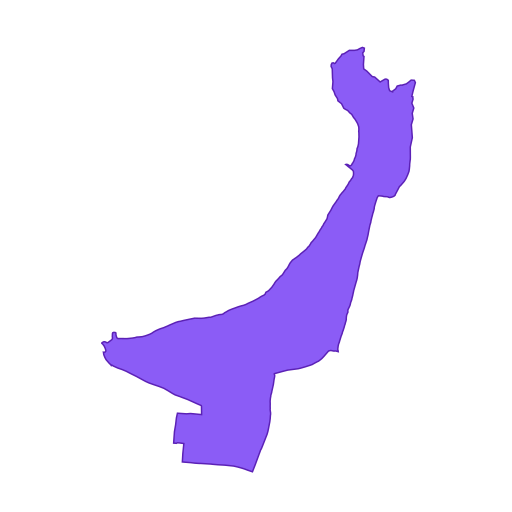 Pigeon Island, Gros Islet, Saint Lucia (Albers equal-area conic projection), rotated 94°
{"feature_id": "8701671B47246158509977", "entity_name": "Pigeon Island", "entity_type": "district", "adm_level": 2, "iso_a3": "LCA", "parent_name": "Saint Lucia", "parent_adm1": "Gros Islet", "projection": "albers", "projection_center": [-60.958, 14.089], "detail": "fine", "context": "isolated", "style": "filled", "palette": "violet", "viewbox_px": 512, "rotation_deg": 94, "n_neighbors": 0, "source": "geoboundaries", "source_scale": "gbopen_adm2", "svg_char_len": 6107}
<svg xmlns="http://www.w3.org/2000/svg" viewBox="0 0 512 512"><g transform="rotate(94 256 256)"><path d="M471.5,244.5L464.5,242.3L449.0,237.8L447.9,237.2L444.8,236.2L433.0,232.5L430.1,231.9L427.3,231.5L420.6,230.7L417.4,230.5L414.0,230.5L413.0,230.4L411.5,230.5L408.3,231.2L406.9,231.2L404.9,231.4L402.6,231.5L399.7,231.8L396.8,231.7L395.0,231.5L393.9,231.5L391.3,230.9L389.4,230.7L388.2,230.5L382.8,229.7L378.2,229.4L375.1,229.0L373.9,229.0L372.6,229.5L372.1,229.5L369.1,220.9L367.6,216.4L365.5,206.0L364.7,203.5L363.2,199.4L361.3,194.6L360.3,192.3L359.2,190.7L357.3,187.7L356.5,186.2L355.9,185.6L354.9,184.4L353.5,183.0L351.3,181.2L345.7,177.0L345.0,174.8L345.4,171.9L345.2,169.8L345.7,167.3L344.7,167.5L343.5,167.9L342.5,167.9L341.6,167.9L341.3,167.8L340.4,167.8L339.0,167.6L338.2,167.5L336.3,166.9L334.7,166.6L333.1,166.2L331.3,165.8L330.0,165.5L328.5,165.0L326.7,164.5L325.7,164.4L324.3,163.9L323.0,163.6L321.0,163.1L318.8,162.7L317.5,162.3L316.5,162.2L314.9,161.8L313.2,161.5L311.9,161.6L310.4,161.6L308.4,161.4L306.7,160.8L305.7,160.4L303.4,160.6L301.4,159.8L299.6,159.1L298.3,158.7L297.0,158.5L295.7,158.3L294.4,157.9L293.0,157.5L291.5,157.3L288.8,156.8L286.5,156.5L284.6,156.2L284.1,156.2L275.4,154.4L272.8,153.8L270.9,153.5L268.0,153.3L265.5,153.3L259.1,152.4L257.1,152.0L254.3,151.7L251.3,151.1L247.5,150.3L245.3,149.8L241.9,148.9L239.9,148.4L237.9,148.0L236.4,147.6L232.1,146.5L230.0,146.2L227.1,145.7L224.1,145.4L220.1,144.9L217.1,144.5L214.7,143.9L212.6,143.7L212.1,143.6L209.6,143.2L207.1,142.7L205.7,142.5L203.8,142.0L200.6,141.4L199.0,141.4L197.3,141.1L193.7,140.3L189.4,139.2L188.2,138.6L187.4,138.1L187.4,135.6L187.5,133.8L187.8,132.5L187.7,129.9L187.8,128.7L188.1,127.9L188.4,126.5L188.1,125.9L187.8,124.7L187.1,123.2L186.6,122.4L185.7,121.5L184.8,121.3L180.3,119.3L176.6,117.7L175.8,116.8L171.7,113.7L170.6,113.0L168.1,111.7L164.3,110.3L160.9,109.3L158.6,109.1L155.4,109.0L153.5,109.1L149.5,108.9L149.0,108.8L146.8,108.9L136.5,109.7L127.1,108.3L114.2,110.2L108.3,108.9L102.8,110.1L97.4,108.9L92.7,111.2L88.8,110.3L88.3,110.3L87.4,110.6L86.3,110.6L86.0,111.7L81.0,110.9L71.9,109.1L69.7,110.3L69.7,113.5L71.9,115.8L73.8,118.0L75.1,121.6L75.4,121.9L75.4,123.5L76.6,127.0L79.5,128.3L82.0,131.2L82.7,131.2L82.0,133.8L81.4,134.4L78.8,135.4L74.7,136.0L71.5,136.3L70.5,137.9L70.5,139.5L73.7,144.3L69.2,150.1L68.9,152.6L63.8,158.4L61.8,161.6L57.4,162.2L49.4,162.2L48.8,163.1L45.9,163.7L44.3,162.5L41.1,162.4L40.5,164.4L41.8,166.9L43.3,169.2L44.0,172.1L44.3,176.6L44.3,177.2L48.1,182.3L48.7,184.3L50.6,185.2L53.5,187.5L58.2,190.4L58.5,191.0L57.9,192.3L58.2,193.6L59.8,194.3L61.7,194.3L63.9,193.0L72.9,192.1L76.7,191.4L83.7,191.5L86.6,189.6L89.8,188.3L93.3,185.7L95.5,185.1L98.1,181.3L102.5,178.7L103.2,177.5L104.5,174.6L106.7,172.4L108.0,170.4L111.2,168.2L112.1,167.2L113.7,166.0L116.0,164.4L117.2,163.7L120.1,162.5L122.7,162.2L124.9,162.2L125.2,162.1L126.2,161.9L126.8,161.9L130.0,161.6L137.0,161.6L139.7,162.0L141.9,162.7L143.5,162.7L145.4,163.0L146.6,163.3L147.9,163.3L149.0,163.5L150.0,163.7L151.4,164.2L152.4,164.6L153.5,164.7L154.3,165.0L156.4,165.9L156.9,166.4L157.9,166.7L158.7,167.2L159.2,167.7L159.5,168.2L159.4,168.9L159.0,169.8L158.5,170.6L158.2,171.7L158.3,172.6L158.5,172.9L158.8,172.3L159.1,171.9L160.1,170.6L163.4,165.9L164.1,165.2L164.9,164.7L166.5,164.5L167.5,164.4L168.3,164.5L169.0,164.5L169.6,164.7L170.4,165.0L171.1,165.1L172.0,165.9L174.1,167.0L175.7,168.2L177.4,168.8L178.8,169.5L181.5,171.1L183.1,171.7L184.4,172.7L185.5,173.4L186.8,174.5L188.0,175.3L189.2,176.2L190.5,176.9L191.5,177.3L193.0,177.9L194.8,179.1L196.0,179.7L200.5,182.5L202.2,183.3L203.9,184.0L205.5,184.7L207.1,185.6L209.2,186.7L210.1,187.2L211.8,187.4L213.1,187.6L214.0,187.8L217.4,189.6L219.1,190.6L221.0,191.3L222.3,192.2L223.6,192.7L225.4,193.8L227.2,194.6L228.9,195.6L232.8,197.5L234.0,198.2L235.7,199.5L237.3,200.6L238.8,201.9L240.2,202.5L242.5,203.8L243.7,205.0L245.4,206.0L247.0,207.6L248.5,209.2L250.8,211.7L252.1,212.8L255.1,216.2L255.9,217.3L256.7,218.2L257.5,219.3L260.3,221.3L261.9,222.1L264.7,223.3L266.5,224.3L268.2,225.8L271.4,227.5L273.1,228.5L274.9,230.5L276.7,231.8L277.8,232.7L279.9,234.5L281.8,235.6L282.9,236.1L285.0,237.4L286.2,238.1L287.5,239.2L288.8,240.2L289.9,241.2L290.6,242.2L291.5,243.6L293.5,244.3L294.6,245.5L295.5,247.2L296.8,249.1L298.0,250.6L299.2,252.5L301.3,255.9L302.6,258.4L303.7,260.5L305.1,262.8L306.0,264.8L306.9,267.6L308.0,270.4L309.4,273.5L310.4,275.8L311.6,278.3L312.4,279.8L313.7,281.6L314.9,283.5L315.8,284.3L316.6,285.8L317.1,288.9L317.6,290.2L318.0,291.6L319.3,294.6L320.3,296.9L320.4,298.6L321.6,303.6L322.0,306.4L322.1,308.4L322.2,310.6L322.3,312.9L324.0,319.0L325.5,324.2L326.4,326.9L326.6,327.9L326.8,328.7L327.8,331.3L329.5,334.6L330.7,337.0L332.0,339.3L333.0,341.3L333.9,343.0L335.3,346.5L336.2,348.3L337.5,350.7L338.9,352.8L340.4,354.7L341.5,356.6L342.5,358.8L343.4,360.9L344.4,363.8L344.9,366.8L345.2,369.2L345.9,371.1L346.5,373.6L347.4,378.9L347.6,382.0L347.7,384.0L347.9,386.8L348.0,388.0L347.7,388.5L347.4,389.0L346.7,389.4L345.9,389.7L344.5,390.2L343.3,390.3L342.4,390.5L342.1,391.2L342.1,391.9L342.1,392.6L342.6,393.6L343.5,393.8L346.7,393.7L347.8,393.4L348.8,393.6L349.4,393.9L350.5,395.1L351.4,396.2L352.5,397.4L352.8,398.0L352.9,398.7L352.3,400.0L352.1,401.0L352.1,401.7L352.8,403.0L353.4,403.7L353.9,403.7L354.4,402.9L356.4,401.2L358.8,399.9L360.7,399.2L361.5,399.2L362.3,399.8L362.7,400.9L362.6,401.5L365.2,400.9L367.7,399.7L369.9,398.3L373.7,394.5L374.1,393.9L374.2,393.6L375.4,392.7L374.9,392.2L375.8,390.4L377.4,386.1L378.6,381.6L380.0,377.5L382.0,372.9L384.3,367.3L388.8,357.4L390.1,353.9L391.6,348.5L392.9,343.5L394.4,338.7L396.2,335.0L398.9,329.8L400.2,327.0L401.0,324.0L403.9,314.2L405.9,308.8L407.5,304.5L409.0,300.2L409.7,299.9L418.0,299.2L417.7,310.4L418.3,314.2L418.3,323.4L423.0,324.1L429.9,324.4L436.9,325.1L448.4,325.1L448.4,322.4L447.8,321.3L447.8,319.3L448.1,314.9L458.4,315.2L466.6,315.1L466.7,306.4L466.9,302.6L466.9,298.3L466.8,296.8L466.7,285.8L466.8,285.4L466.9,279.4L466.8,272.5L467.1,263.7L467.7,259.8L468.5,255.8L469.2,252.8L470.3,249.1L471.5,244.5Z" fill="#8b5cf6" stroke="#5b21b6" stroke-width="1.5"/></g></svg>